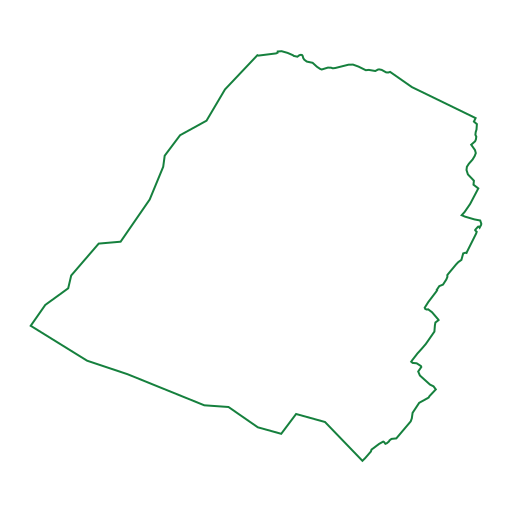 the district of Hampshire, West Virginia, United States of America
{"feature_id": "52423323B8866433924767", "entity_name": "Hampshire", "entity_type": "district", "adm_level": 2, "iso_a3": "USA", "parent_name": "United States of America", "parent_adm1": "West Virginia", "projection": "mercator", "projection_center": [-78.488, 39.314], "detail": "fine", "context": "isolated", "style": "outline", "palette": "green", "viewbox_px": 512, "rotation_deg": 0, "n_neighbors": 0, "source": "geoboundaries", "source_scale": "gbopen_adm2", "svg_char_len": 1999}
<svg xmlns="http://www.w3.org/2000/svg" viewBox="0 0 512 512"><path d="M257.4,55.2L225.0,89.4L206.5,120.7L180.1,135.2L164.7,155.7L163.2,166.8L149.7,199.5L120.6,241.7L98.7,243.6L71.2,275.5L68.2,288.3L45.3,304.9L30.7,325.8L87.1,360.7L127.5,374.2L204.3,405.3L228.5,407.0L257.8,427.3L281.2,433.8L296.1,414.0L325.0,422.0L362.4,460.8L365.0,458.3L370.9,451.5L371.5,449.6L379.1,443.9L383.2,441.6L384.0,442.0L385.4,443.8L386.9,443.2L389.0,441.4L389.5,440.4L391.5,438.9L396.3,438.4L410.7,421.4L411.8,418.4L412.6,412.8L419.2,402.8L428.6,397.6L429.5,396.1L435.8,389.4L433.5,386.3L430.0,384.6L419.9,375.5L418.2,371.5L421.3,367.0L420.9,366.0L416.7,363.3L412.6,362.9L411.2,361.7L412.3,360.1L415.8,355.6L416.5,354.7L417.4,353.5L418.7,352.1L421.5,349.0L425.8,344.0L434.4,331.6L434.9,325.4L435.4,322.5L438.6,320.1L438.5,319.8L432.0,312.2L428.1,309.3L427.0,309.6L425.3,309.0L424.7,307.7L428.4,301.9L436.4,291.4L437.1,290.2L436.8,289.8L439.3,286.1L443.0,284.6L446.3,279.5L447.4,276.9L447.3,275.1L448.3,273.8L456.1,264.4L458.3,262.1L461.4,259.9L463.2,253.4L465.4,252.7L466.5,253.0L467.2,251.4L476.1,233.6L476.7,231.8L475.2,230.3L475.3,229.7L478.0,226.7L478.8,226.6L479.6,227.7L481.1,224.9L481.3,223.8L480.2,220.5L474.4,219.4L464.9,216.6L461.7,215.2L464.6,212.0L470.1,204.0L478.3,188.4L473.5,184.7L473.9,180.7L467.9,174.4L466.5,170.0L466.9,166.8L468.9,163.7L472.6,159.5L474.7,156.0L475.8,153.1L475.0,150.1L471.2,144.7L475.1,141.3L475.9,139.4L476.3,136.7L475.4,134.8L475.7,132.1L476.5,129.5L476.9,124.1L473.9,121.6L475.6,118.1L411.9,87.1L390.1,71.9L388.3,72.5L386.2,72.4L381.7,69.9L379.3,69.4L378.1,69.5L375.3,71.0L368.8,69.9L365.8,70.2L358.5,66.6L353.0,64.6L348.5,64.7L335.3,68.0L332.8,68.3L331.0,67.7L327.9,67.6L321.7,69.5L321.0,69.2L320.3,69.0L317.0,66.8L312.6,62.8L306.9,61.6L306.7,61.5L304.3,59.7L303.3,58.2L302.6,55.8L302.1,55.1L300.9,54.8L299.4,55.2L297.4,56.7L293.7,55.9L292.9,55.2L287.6,52.9L281.6,51.2L277.7,51.5L277.6,52.7L276.1,53.4L258.4,55.6L257.4,55.2Z" fill="none" stroke="#15803d" stroke-width="2"/></svg>